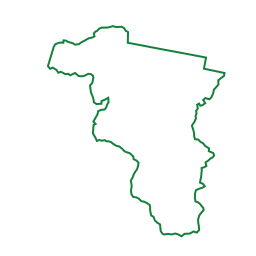 the district of Mariana Pimentel, Rio Grande do Sul, Brazil, rotated 190°
{"feature_id": "56859067B12281818567155", "entity_name": "Mariana Pimentel", "entity_type": "district", "adm_level": 2, "iso_a3": "BRA", "parent_name": "Brazil", "parent_adm1": "Rio Grande do Sul", "projection": "orthographic", "projection_center": [-51.582, -30.296], "detail": "fine", "context": "isolated", "style": "outline", "palette": "green", "viewbox_px": 256, "rotation_deg": 190, "n_neighbors": 0, "source": "geoboundaries", "source_scale": "gbopen_adm2", "svg_char_len": 2532}
<svg xmlns="http://www.w3.org/2000/svg" viewBox="0 0 256 256"><g transform="rotate(190 128 128)"><path d="M44.7,122.0L46.6,122.8L48.7,123.6L51.4,126.0L54.2,126.9L56.8,128.8L60.1,128.6L61.5,131.6L61.9,134.2L63.5,137.7L65.5,141.5L63.7,145.4L62.8,149.1L63.5,151.6L63.1,154.4L63.9,156.7L62.6,159.4L64.0,162.9L62.2,164.4L60.7,162.5L58.6,163.4L56.3,165.9L58.8,168.5L57.1,170.9L54.8,170.6L52.6,170.5L51.1,173.0L50.1,177.2L50.1,180.7L48.3,183.4L46.5,186.6L47.4,190.6L44.9,193.5L42.5,195.9L42.5,198.9L63.5,199.6L63.4,210.9L92.5,211.3L106.2,211.4L134.3,211.8L143.0,211.9L144.6,222.5L147.3,223.5L149.1,225.7L151.9,226.6L154.4,226.0L157.5,225.3L160.7,225.7L162.7,224.6L165.4,223.4L168.7,222.8L171.1,222.3L173.5,221.0L175.2,218.4L176.8,217.2L178.1,215.1L176.9,212.4L179.1,210.8L181.9,209.7L183.9,208.2L186.4,206.1L188.7,204.4L191.0,202.0L194.6,200.9L197.5,202.0L201.9,202.3L204.2,203.3L206.7,203.1L206.5,200.7L208.6,200.6L211.3,199.7L214.2,197.8L215.2,195.1L217.6,175.0L214.9,172.8L212.7,174.4L208.5,172.8L206.2,170.3L203.9,171.7L199.0,170.2L196.2,171.0L194.0,169.9L189.7,173.0L185.6,170.6L183.1,170.8L180.5,171.5L176.6,174.4L174.3,174.7L171.8,173.6L170.8,171.4L171.0,166.1L172.8,163.3L171.4,158.8L170.5,156.3L168.2,152.8L167.0,150.4L166.1,147.4L163.1,146.1L158.4,147.3L158.7,150.0L156.2,151.5L152.7,154.3L151.6,150.0L152.6,147.3L153.1,144.5L154.1,142.2L157.6,141.2L160.3,139.4L160.4,136.2L162.3,130.9L163.2,128.2L160.6,126.4L162.4,125.0L162.1,121.4L161.6,116.6L160.2,114.9L158.3,112.7L156.4,109.9L154.1,111.2L151.7,110.9L148.8,112.0L146.9,111.2L144.6,111.5L142.4,111.2L139.8,109.8L136.3,108.4L133.3,108.3L130.7,106.9L127.3,104.4L124.6,103.8L122.2,103.6L120.1,102.4L117.8,100.7L117.1,98.3L113.9,97.4L111.6,95.7L111.5,92.2L112.0,88.7L113.1,86.6L114.3,83.5L114.8,80.1L116.1,76.7L114.3,71.7L114.2,67.0L113.1,63.3L110.8,60.9L108.0,61.2L105.1,60.3L102.2,58.3L99.2,58.2L96.0,57.2L93.2,55.9L92.4,53.7L92.1,51.4L90.9,48.1L90.0,45.9L87.5,45.0L85.5,41.7L82.8,39.9L79.7,38.6L77.9,32.2L75.7,29.9L73.5,29.4L71.3,30.4L69.1,30.7L66.3,30.8L63.3,32.3L59.8,31.9L56.5,30.6L53.9,33.6L51.7,34.1L49.0,34.7L47.3,36.0L45.5,37.5L42.1,36.9L40.2,40.0L41.4,44.2L42.4,46.9L43.1,50.2L42.6,54.3L40.9,57.7L39.2,60.3L40.1,62.5L41.9,63.9L43.9,65.7L46.2,67.0L48.8,67.4L50.0,70.9L50.6,74.8L50.3,78.6L47.4,80.5L44.2,82.2L42.3,84.0L44.4,86.0L47.6,86.7L47.6,89.9L47.5,93.1L47.8,96.0L48.0,99.1L48.6,101.3L46.3,102.5L44.2,104.2L45.7,107.6L43.4,109.7L41.7,112.0L39.5,113.8L38.4,116.2L39.9,118.2L42.2,118.7L44.4,119.2L44.7,122.0Z" fill="none" stroke="#15803d" stroke-width="2"/></g></svg>